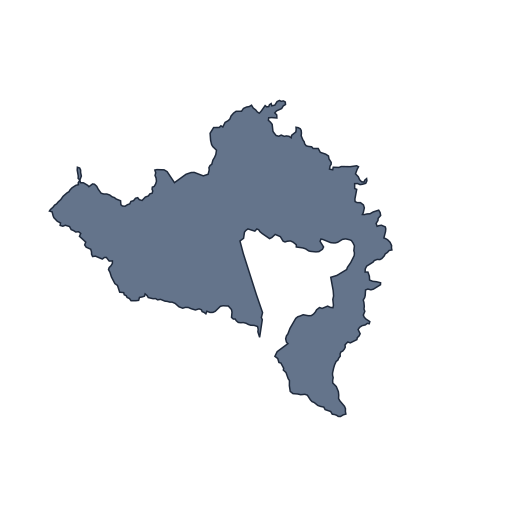 Resende, Rio de Janeiro, Brazil (Mercator projection), rotated 232°
{"feature_id": "56859067B32090698644023", "entity_name": "Resende", "entity_type": "district", "adm_level": 2, "iso_a3": "BRA", "parent_name": "Brazil", "parent_adm1": "Rio de Janeiro", "projection": "mercator", "projection_center": [-44.503, -22.442], "detail": "fine", "context": "isolated", "style": "filled", "palette": "slate", "viewbox_px": 512, "rotation_deg": 232, "n_neighbors": 0, "source": "geoboundaries", "source_scale": "gbopen_adm2", "svg_char_len": 6154}
<svg xmlns="http://www.w3.org/2000/svg" viewBox="0 0 512 512"><g transform="rotate(232 256 256)"><path d="M241.3,180.9L242.7,183.3L239.8,185.0L238.1,187.3L237.5,189.8L238.3,197.0L237.1,199.4L233.6,203.4L228.9,203.7L226.5,202.5L222.7,198.9L220.3,199.3L219.1,200.8L217.3,200.6L214.6,201.1L212.8,202.9L211.4,205.0L209.1,206.8L206.8,207.8L204.7,209.2L202.5,211.8L199.5,213.8L196.9,212.6L195.1,210.8L189.7,208.8L202.0,221.8L204.2,222.3L207.3,226.3L225.3,232.5L265.8,247.5L277.7,252.6L277.6,257.1L281.9,261.6L282.4,263.7L282.3,266.3L276.3,270.4L276.8,273.3L275.0,274.3L272.8,274.1L269.9,274.7L261.3,277.4L260.8,279.9L261.2,284.4L256.3,287.1L251.0,286.5L249.2,287.5L248.4,289.7L246.7,292.4L244.2,293.7L240.1,294.7L238.3,293.3L233.5,297.9L231.1,299.5L227.5,300.7L226.0,301.9L222.4,305.7L220.7,308.3L220.4,312.5L221.5,314.8L228.1,315.5L229.4,317.6L228.0,318.8L220.5,323.1L218.8,324.9L217.5,326.5L216.5,328.8L215.9,334.3L214.3,337.2L211.1,339.8L209.4,340.7L206.6,340.5L203.4,339.8L200.0,336.4L197.9,335.5L195.9,333.7L192.5,326.6L190.8,321.1L189.5,319.1L190.9,307.7L193.2,301.8L181.2,295.5L176.7,292.5L174.5,289.8L169.5,286.7L167.9,284.8L169.8,282.9L172.4,281.6L174.0,275.8L176.3,274.3L176.3,270.6L175.3,268.2L174.8,265.6L175.0,262.8L176.7,260.5L180.7,257.0L181.5,253.9L182.4,251.6L182.4,249.0L178.1,238.3L175.0,233.2L174.3,230.8L172.5,228.4L169.5,227.0L167.3,227.2L167.6,213.8L165.3,209.1L161.8,210.0L158.0,208.5L156.3,209.7L150.5,208.7L149.3,207.3L145.7,207.9L139.4,205.8L137.3,205.7L133.2,202.4L128.2,199.6L124.8,200.4L121.7,203.8L119.2,205.8L116.9,209.4L114.7,210.8L109.2,210.3L106.8,210.5L104.6,211.7L100.2,212.7L97.8,214.2L95.2,216.4L92.4,215.9L87.5,219.1L84.4,218.7L82.6,220.4L80.8,221.5L79.0,222.0L77.5,223.7L77.1,227.0L76.1,229.5L78.4,230.7L80.6,232.5L83.1,233.2L90.2,232.9L92.8,233.3L95.5,235.6L98.4,237.4L101.6,238.3L103.7,238.9L108.7,238.3L111.0,240.0L112.6,241.9L114.9,242.9L116.6,244.2L119.9,248.2L121.9,251.0L123.6,254.3L123.5,256.3L124.6,258.3L125.2,260.7L127.1,262.0L128.1,263.8L127.7,265.8L128.3,268.4L129.2,270.2L131.1,271.4L131.5,273.3L131.7,275.4L129.5,276.8L128.0,284.0L129.3,285.6L129.5,287.9L130.6,290.2L135.2,291.2L136.0,293.7L135.8,296.7L134.4,299.7L134.4,302.2L132.9,303.5L134.2,305.3L138.7,303.8L141.2,303.6L143.4,304.2L145.4,307.7L147.7,308.4L149.6,310.3L152.9,312.4L155.3,313.4L156.3,316.0L157.7,317.8L161.8,321.4L161.1,323.8L158.6,325.7L157.6,328.1L156.7,336.4L158.2,337.7L161.7,335.0L164.2,332.4L167.1,330.7L170.3,332.9L174.4,334.3L176.2,332.1L178.6,334.2L179.9,337.0L179.1,344.5L179.6,346.4L178.7,349.4L176.9,351.4L176.5,353.5L177.1,357.1L178.1,359.1L177.9,361.7L178.4,364.3L177.1,366.8L178.9,367.7L180.8,369.3L184.3,370.1L187.7,369.7L189.8,368.9L191.5,367.9L195.6,373.2L197.5,375.0L199.3,375.8L203.0,373.8L204.2,371.7L204.8,369.7L207.7,370.7L208.9,374.0L210.5,375.5L211.2,379.2L213.9,380.6L216.6,380.9L218.6,375.4L219.1,371.8L220.8,369.4L221.9,366.9L223.2,365.4L224.1,367.2L227.2,371.0L230.1,372.1L233.7,371.2L235.9,368.5L237.9,367.6L240.0,369.0L246.5,376.4L248.4,375.3L252.3,378.3L250.5,380.7L248.2,381.9L247.0,384.0L245.7,387.2L247.0,389.7L248.9,390.8L248.8,388.4L247.8,386.6L249.5,384.9L252.4,384.6L255.4,385.4L259.5,385.0L262.1,389.2L263.2,391.7L265.1,390.9L268.4,385.2L274.0,378.3L274.7,375.9L278.4,371.5L276.7,369.5L279.2,367.4L281.3,369.7L282.0,371.7L283.5,372.9L287.6,373.3L290.2,374.7L293.4,373.6L298.1,370.5L302.4,371.2L305.6,367.2L307.8,367.1L310.4,364.5L312.0,363.4L314.4,363.4L316.4,364.3L318.5,364.4L322.9,365.6L324.9,367.5L327.1,368.9L329.0,369.2L331.1,368.3L332.8,366.8L330.8,365.4L329.2,363.7L329.2,358.4L327.5,356.5L330.0,355.7L331.9,353.9L332.9,351.9L335.8,350.3L336.3,347.7L338.6,346.0L341.7,346.0L343.8,346.1L349.8,349.8L352.5,349.8L355.3,349.3L357.1,351.1L355.4,353.6L351.9,357.4L354.4,359.2L357.2,358.9L357.7,361.5L356.4,367.0L357.5,369.9L357.2,372.5L359.3,373.9L361.3,373.1L362.4,371.0L364.1,370.3L364.7,367.7L363.3,363.7L364.6,360.9L366.8,361.8L366.9,359.7L365.9,358.0L367.0,356.2L368.9,355.8L366.9,349.1L366.5,346.5L368.7,345.7L371.3,345.7L374.3,344.9L377.6,345.3L377.9,342.7L379.2,340.3L380.0,337.0L379.0,333.7L382.3,329.4L382.4,326.3L381.7,322.6L380.0,319.7L379.8,317.3L380.3,313.9L378.1,309.3L380.2,308.5L379.9,306.2L383.3,301.7L381.0,295.4L375.2,291.5L371.1,289.6L368.8,289.3L363.7,290.0L360.7,286.8L359.2,284.0L358.1,281.1L355.5,277.6L355.6,275.5L354.6,273.3L352.6,272.1L349.9,268.6L351.6,263.8L359.9,258.8L361.7,256.3L363.5,251.2L364.0,236.9L377.2,237.9L380.5,236.6L385.1,231.1L386.0,229.2L383.3,228.2L381.6,226.0L379.0,225.3L376.2,223.6L374.6,221.3L373.5,218.6L374.1,216.7L372.6,215.2L370.8,214.7L369.4,212.8L370.3,210.7L369.6,208.0L370.6,205.1L369.9,200.4L372.2,198.7L374.8,198.7L375.7,196.6L375.0,193.6L376.0,191.0L374.8,188.6L375.6,186.2L375.8,183.5L377.6,181.5L379.6,181.1L382.9,183.3L387.0,180.9L389.2,180.4L391.1,179.1L394.1,178.3L396.7,176.6L398.6,174.2L400.8,172.6L405.9,172.8L408.9,173.4L412.0,172.9L413.4,171.6L413.5,167.0L415.3,166.9L419.9,165.1L421.8,162.8L424.3,164.0L423.1,160.9L421.5,160.0L422.6,157.6L423.0,153.0L422.6,150.2L421.8,148.2L422.1,146.0L421.8,140.7L420.6,136.8L420.4,133.5L419.8,130.9L420.1,128.6L419.4,126.1L419.2,122.7L418.6,120.9L416.3,122.5L412.7,120.9L410.6,120.3L405.7,120.8L402.4,122.3L400.7,120.5L398.4,122.1L397.6,124.7L394.0,127.2L390.6,126.6L388.3,127.9L385.9,128.7L384.4,131.1L381.7,131.8L380.2,129.0L371.8,130.4L370.2,127.8L367.5,127.6L363.1,129.9L360.5,128.9L358.6,127.5L356.2,126.9L354.7,129.4L348.2,133.0L348.2,135.6L347.0,137.2L342.4,137.2L340.5,139.8L338.6,138.3L337.6,135.8L337.3,133.2L336.1,131.4L333.1,130.9L328.6,129.2L321.1,127.8L318.1,128.7L311.4,126.3L308.6,129.2L306.6,128.3L304.6,129.3L302.7,128.9L300.4,130.1L297.7,130.0L294.6,134.0L293.3,136.2L295.1,138.7L293.9,140.9L293.0,143.4L294.4,145.3L291.8,145.8L289.6,145.5L285.7,148.6L284.3,150.6L282.0,151.5L280.6,154.1L276.4,156.5L274.9,158.1L272.7,159.7L271.3,161.5L268.4,163.1L263.4,164.0L260.0,166.1L259.0,168.7L257.1,171.0L254.6,172.3L250.8,175.0L249.4,178.6L247.2,179.9L245.4,179.3L243.4,180.4L241.3,180.9ZM424.3,164.0L426.5,167.6L429.6,169.1L431.7,170.7L433.9,171.2L435.9,169.9L433.8,168.0L428.5,165.2L426.6,163.6L424.3,164.0Z" fill="#64748b" stroke="#1e293b" stroke-width="1.5"/></g></svg>